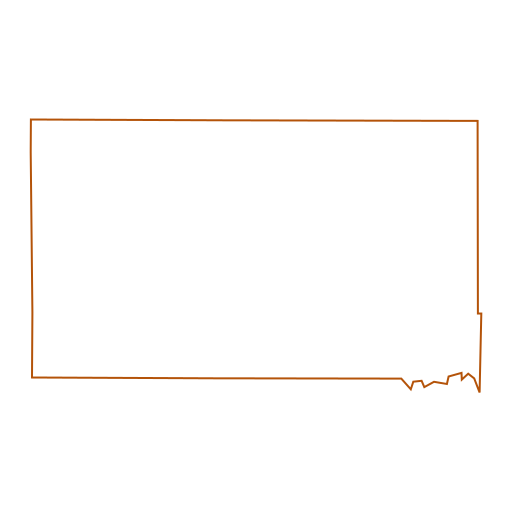 outline of Washita, Oklahoma, United States of America
{"feature_id": "52423323B11549083721324", "entity_name": "Washita", "entity_type": "district", "adm_level": 2, "iso_a3": "USA", "parent_name": "United States of America", "parent_adm1": "Oklahoma", "projection": "orthographic", "projection_center": [-98.855, 35.281], "detail": "fine", "context": "isolated", "style": "outline", "palette": "amber", "viewbox_px": 512, "rotation_deg": 0, "n_neighbors": 0, "source": "geoboundaries", "source_scale": "gbopen_adm2", "svg_char_len": 398}
<svg xmlns="http://www.w3.org/2000/svg" viewBox="0 0 512 512"><path d="M32.0,377.5L213.4,378.3L401.3,378.6L410.8,389.3L413.3,381.7L421.6,380.8L424.3,387.1L434.0,381.8L446.9,384.0L448.6,376.5L461.5,372.9L461.8,379.6L468.2,373.7L474.2,378.4L479.6,392.5L481.3,313.5L477.9,313.5L477.6,120.9L222.6,120.3L30.9,119.5L30.7,152.1L32.4,312.6L32.0,377.5Z" fill="none" stroke="#b45309" stroke-width="2"/></svg>